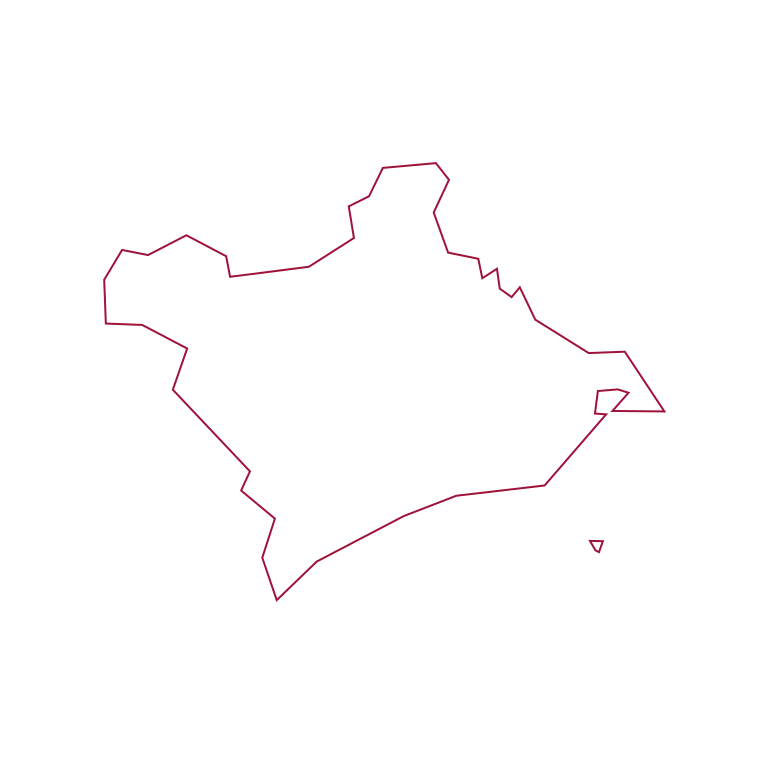 outline of Atlántico Norte, rotated 54°
{"feature_id": "NIC-657", "entity_name": "Atlántico Norte", "entity_type": "Autonomous Region", "adm_level": 1, "iso_a3": "NIC", "parent_name": "Nicaragua", "parent_adm1": "", "projection": "robinson", "projection_center": [-84.139, 14.031], "detail": "coarse", "context": "isolated", "style": "outline", "palette": "rose", "viewbox_px": 768, "rotation_deg": 54, "n_neighbors": 0, "source": "natural_earth", "source_scale": "10m", "svg_char_len": 766}
<svg xmlns="http://www.w3.org/2000/svg" viewBox="0 0 768 768"><g transform="rotate(54 384 384)"><path d="M208.5,257.9L235.8,212.2L257.0,211.4L274.5,243.0L315.4,254.9L338.1,234.1L356.2,242.3L357.2,224.9L374.9,234.3L388.7,229.7L385.6,217.3L420.9,223.8L479.3,200.2L499.4,170.2L571.0,173.3L540.1,215.0L534.8,191.3L525.8,198.0L515.4,215.1L531.9,230.7L539.1,222.1L560.5,313.7L516.9,391.2L502.5,445.4L488.1,542.8L495.8,597.8L453.0,584.6L428.8,551.4L386.2,562.2L375.9,543.8L264.5,558.2L239.6,522.4L194.1,544.9L171.6,573.5L135.2,549.1L121.6,517.1L141.0,499.1L147.5,456.5L187.8,436.6L206.8,445.5L245.0,375.9L248.2,322.5L219.6,308.1L223.3,285.7L208.5,257.9ZM639.8,299.3L646.4,308.9L642.9,310.7L632.0,309.6L639.8,299.3Z" fill="none" stroke="#9f1239" stroke-width="2"/></g></svg>